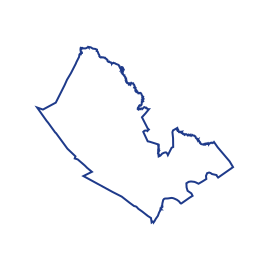 Compostela Valley, Compostela Valley, Philippines (Albers equal-area conic projection), rotated 145°
{"feature_id": "2640588B76140513385915", "entity_name": "Compostela Valley", "entity_type": "district", "adm_level": 2, "iso_a3": "PHL", "parent_name": "Philippines", "parent_adm1": "Compostela Valley", "projection": "albers", "projection_center": [125.86, 7.537], "detail": "fine", "context": "isolated", "style": "outline", "palette": "blue", "viewbox_px": 256, "rotation_deg": 145, "n_neighbors": 0, "source": "geoboundaries", "source_scale": "gbopen_adm2", "svg_char_len": 5530}
<svg xmlns="http://www.w3.org/2000/svg" viewBox="0 0 256 256"><g transform="rotate(145 128 128)"><path d="M64.4,35.7L63.9,42.4L65.6,60.7L65.6,67.0L66.0,66.8L66.3,67.1L66.7,67.0L67.4,67.6L67.8,67.5L68.0,68.1L68.9,68.5L70.4,68.4L70.8,68.6L71.2,68.4L71.1,68.7L70.6,68.8L70.6,69.1L71.1,69.3L71.1,68.9L71.6,69.1L71.5,69.5L71.9,69.4L72.2,69.5L72.0,70.0L73.2,70.7L73.6,70.7L73.5,70.4L73.8,70.2L74.2,70.0L75.5,70.9L75.3,71.3L75.8,71.3L76.9,72.4L77.4,73.1L77.6,74.3L77.2,74.5L77.1,74.9L77.5,75.2L77.1,76.9L77.3,77.3L77.6,77.3L77.3,77.7L77.6,78.1L77.3,78.3L77.9,78.3L77.8,78.9L77.5,78.9L77.4,79.5L77.9,79.8L78.1,81.1L77.7,82.0L77.8,82.4L77.7,82.6L78.1,83.2L78.0,83.4L78.1,83.8L79.2,84.9L79.4,85.5L79.8,85.2L80.4,85.6L80.7,85.5L80.7,85.9L81.0,86.2L81.0,86.7L81.3,86.6L81.3,86.3L81.5,86.3L82.0,86.8L82.1,87.4L82.4,87.2L83.4,87.6L83.4,88.6L83.9,89.6L84.5,90.0L84.9,89.8L85.7,89.9L85.7,91.4L86.0,91.8L86.1,91.5L86.4,91.7L86.3,92.1L86.5,92.9L86.3,93.8L85.9,94.0L86.4,94.2L86.9,93.9L86.9,94.4L87.6,94.4L87.9,94.7L87.8,95.5L88.5,95.6L88.4,96.0L88.7,96.7L88.5,97.2L88.8,97.0L89.0,97.1L88.9,98.0L88.1,98.1L88.5,99.2L88.0,99.8L92.5,100.2L94.0,99.1L97.0,93.7L101.9,86.5L103.6,86.8L110.9,82.9L110.5,84.8L110.9,86.3L112.4,87.0L114.7,87.4L117.4,86.8L119.2,87.1L118.6,88.2L117.8,88.7L117.8,89.0L118.0,88.9L118.2,89.1L118.0,90.1L117.1,90.9L116.9,90.7L116.3,91.0L116.4,91.5L116.2,91.5L116.0,92.0L115.6,92.0L116.0,92.6L115.9,92.8L115.6,93.0L115.2,92.7L114.9,92.9L115.1,93.1L115.1,93.6L114.1,94.5L114.1,95.0L113.7,95.5L113.4,95.3L113.3,95.5L113.3,96.2L112.5,96.4L112.4,96.9L118.1,104.3L119.5,105.8L117.7,116.1L116.1,116.3L114.8,115.7L114.0,115.0L113.8,114.4L113.2,114.7L111.8,114.8L112.1,116.5L110.4,128.8L105.4,129.9L100.1,131.4L100.8,131.9L101.3,133.6L101.5,133.4L101.7,133.5L102.0,134.7L102.7,135.8L105.4,135.4L105.3,135.8L105.9,136.4L106.4,136.6L107.0,136.4L107.3,137.1L107.5,137.2L108.1,137.2L108.5,136.9L108.8,136.9L109.2,137.9L108.5,138.7L108.0,139.0L107.4,139.0L106.0,139.9L105.2,139.9L104.8,139.0L103.5,139.3L101.7,141.5L101.1,141.1L100.1,141.2L100.1,142.1L100.4,143.0L99.5,143.2L98.8,142.8L98.5,142.9L98.3,144.0L98.8,144.6L97.8,145.0L98.2,145.6L97.8,146.0L97.8,147.5L97.5,148.2L97.5,149.2L97.7,149.7L98.6,150.2L99.1,150.0L99.6,150.4L99.4,150.9L99.8,151.5L99.5,152.2L100.2,152.6L99.8,153.3L100.2,153.4L100.6,153.2L100.7,153.9L100.6,154.4L100.1,154.7L99.9,155.2L99.5,154.8L99.5,155.8L98.7,156.6L98.8,156.9L99.5,157.1L99.8,157.6L99.6,157.7L99.0,157.5L98.8,157.7L98.2,159.8L98.5,160.3L98.1,161.6L99.3,162.4L99.5,163.2L99.9,163.1L99.7,162.8L99.9,162.8L100.6,162.4L100.7,162.7L100.9,162.5L101.0,162.9L101.2,163.1L101.4,162.9L101.4,163.1L101.7,162.9L102.3,163.1L102.1,163.4L102.2,164.5L102.7,165.1L102.7,165.3L102.4,165.3L102.5,165.5L102.8,165.4L102.5,165.6L102.9,165.4L103.0,165.6L102.8,166.3L102.6,166.5L102.8,166.4L103.0,166.6L103.0,167.1L102.6,167.3L102.4,167.2L102.3,167.9L101.9,168.0L101.8,168.3L102.1,168.6L101.9,168.7L101.8,169.3L101.5,169.3L101.2,169.6L101.6,170.0L101.4,170.9L101.0,171.1L101.0,172.3L101.2,172.5L101.2,173.2L100.9,173.4L101.2,173.7L101.2,174.4L101.5,175.3L101.4,175.6L101.0,175.8L101.1,176.3L101.4,176.5L101.5,177.0L100.8,177.2L100.6,177.7L99.9,178.1L100.1,178.2L99.9,178.3L100.0,179.1L100.3,179.2L99.8,179.4L100.1,179.4L100.1,179.7L99.9,179.5L99.7,179.8L99.9,180.1L99.7,180.5L100.1,181.4L99.8,182.2L99.9,183.1L99.5,183.5L99.7,184.0L99.5,184.6L99.8,185.5L101.1,187.4L101.6,188.6L102.0,188.9L102.4,189.6L102.6,189.5L103.0,189.9L103.8,189.9L103.8,190.2L104.0,190.3L104.2,190.2L104.1,190.4L104.5,191.0L104.4,191.5L104.9,191.9L105.0,192.4L105.3,192.8L105.3,193.0L105.8,193.0L106.1,193.4L106.2,193.7L106.4,194.4L106.0,194.9L105.8,195.5L106.2,196.3L106.0,197.0L106.7,198.1L106.5,198.7L107.2,199.3L107.4,199.8L108.3,200.4L108.2,200.5L108.3,200.4L108.6,200.7L108.8,201.1L109.8,201.3L110.3,202.2L110.3,203.2L110.0,203.3L109.6,204.8L109.7,205.5L109.0,208.0L109.1,208.4L109.5,209.0L108.5,210.0L109.5,211.6L111.3,213.2L112.2,215.4L113.9,217.1L114.1,216.7L114.2,217.2L116.1,217.3L117.4,217.7L119.0,218.9L119.4,219.8L120.0,220.1L120.5,220.6L120.7,220.3L121.1,220.5L122.0,219.4L121.8,219.1L122.1,219.1L122.7,218.1L122.9,217.4L122.6,217.1L122.4,216.4L122.6,216.2L122.9,216.4L123.0,216.0L123.5,216.3L124.0,215.8L124.2,216.4L124.4,216.4L124.7,216.0L125.0,216.1L125.2,215.7L125.8,215.9L127.3,214.3L132.2,211.7L134.1,210.5L143.4,205.6L150.3,202.5L155.3,199.5L172.6,190.2L187.1,191.9L190.7,196.9L190.6,180.7L190.4,178.1L190.2,166.1L189.9,165.0L189.5,145.8L187.3,134.9L189.1,133.6L187.2,131.1L184.9,122.0L184.3,118.6L182.7,112.8L192.1,114.2L177.3,84.4L172.5,75.4L169.5,65.6L167.8,60.6L166.6,59.3L166.2,58.3L165.9,55.9L164.3,51.5L162.3,44.8L160.8,41.1L162.8,37.1L161.3,37.2L160.9,36.5L161.1,36.0L159.9,36.4L157.5,37.6L153.9,38.9L150.9,41.0L149.2,41.8L149.0,42.1L148.4,42.2L148.0,42.6L147.7,42.4L147.9,43.0L147.6,43.3L147.2,43.0L147.0,43.5L146.6,43.3L146.0,43.8L145.9,43.5L145.1,43.6L144.8,44.0L145.1,44.3L145.1,44.7L144.5,44.9L143.0,46.6L140.5,48.8L139.3,49.2L138.2,49.0L135.7,47.4L132.5,45.8L131.5,44.9L130.6,43.7L129.1,41.1L128.3,38.7L128.2,36.5L128.0,35.9L127.6,35.6L117.6,35.6L114.0,35.4L113.6,38.1L115.2,42.4L114.1,45.7L111.9,49.2L109.2,49.1L107.1,48.1L104.5,45.8L103.5,44.3L102.2,41.9L97.4,41.5L93.1,41.3L91.6,44.0L89.1,45.6L87.1,45.0L86.2,43.8L85.6,42.1L82.5,38.7L82.7,37.9L82.6,35.7L64.4,35.7ZM98.2,178.1L97.9,178.3L97.9,179.8L97.6,180.4L97.7,181.0L98.2,181.5L98.5,181.2L98.9,179.5L98.7,179.4L98.8,178.6L98.2,178.1ZM100.2,176.8L99.8,177.0L99.8,177.9L100.7,177.1L100.6,176.9L100.2,176.8Z" fill="none" stroke="#1e3a8a" stroke-width="2"/></g></svg>